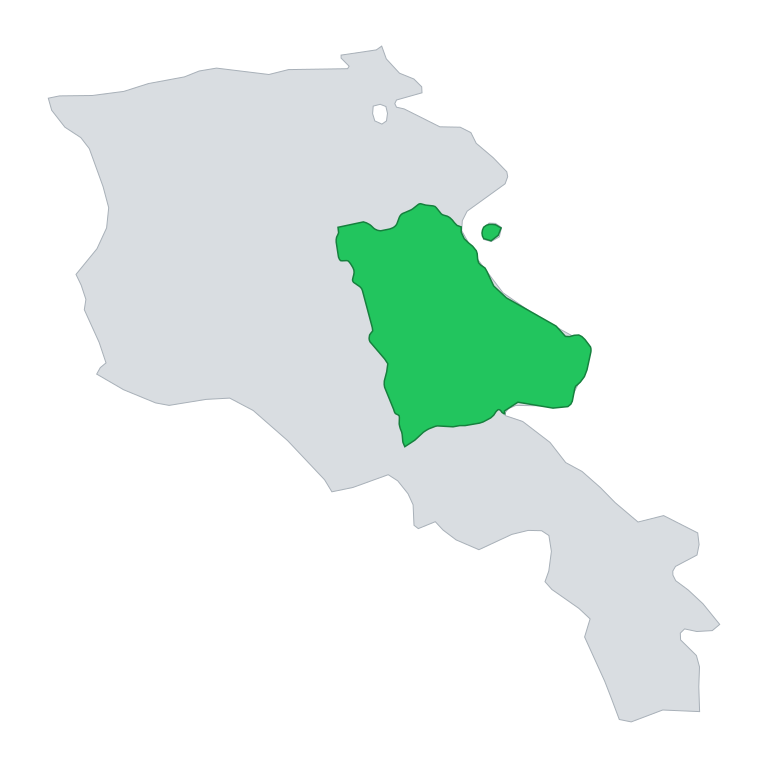 Armenia, with Gegharkunik highlighted
{"feature_id": "ARM-1672", "entity_name": "Gegharkunik", "entity_type": "Province", "adm_level": 1, "iso_a3": "ARM", "parent_name": "Armenia", "parent_adm1": "", "projection": "mercator", "projection_center": [45.283, 40.3], "detail": "fine", "context": "in_parent", "style": "filled", "palette": "green", "viewbox_px": 768, "rotation_deg": 0, "n_neighbors": 0, "source": "natural_earth", "source_scale": "10m", "svg_char_len": 3918}
<svg xmlns="http://www.w3.org/2000/svg" viewBox="0 0 768 768"><path d="M331.9,491.8L324.6,479.8L287.6,440.6L253.2,410.5L229.7,398.1L205.9,399.4L169.1,405.4L155.6,402.9L123.5,389.7L96.7,374.1L100.3,367.6L106.0,362.9L99.2,342.5L84.3,309.7L85.9,299.4L81.2,285.2L76.0,274.4L97.0,248.7L106.6,227.9L108.7,207.7L103.1,186.7L89.3,148.6L80.8,137.6L64.9,127.2L51.7,110.3L48.3,98.2L59.5,95.9L92.2,95.5L123.8,91.4L148.6,83.5L184.4,76.9L199.2,71.0L216.5,68.1L268.9,74.5L288.5,69.6L347.6,68.7L349.1,66.2L341.1,58.1L341.1,55.1L376.3,49.9L381.7,46.1L386.3,58.9L399.5,73.2L413.9,79.0L421.7,86.8L422.0,92.8L396.5,100.0L394.8,103.6L396.5,107.2L404.1,108.9L439.8,126.8L460.2,127.2L470.9,132.6L476.2,143.3L493.3,157.8L506.8,171.8L507.7,176.7L505.1,183.8L467.1,211.2L462.3,220.7L461.7,230.7L478.4,260.4L503.0,292.8L538.5,317.4L587.3,344.1L588.0,360.5L580.2,380.1L573.6,393.4L570.5,402.4L564.6,406.2L515.9,405.4L508.6,408.5L505.4,412.4L505.2,415.6L522.7,421.5L550.0,442.4L565.7,462.6L582.1,471.5L600.4,487.6L615.1,502.6L638.0,522.0L663.6,515.6L697.7,532.9L699.1,544.6L697.0,555.0L675.5,566.4L672.8,571.1L672.9,575.1L675.7,580.7L688.2,590.0L703.0,603.8L719.7,624.4L712.3,630.6L696.8,631.5L684.6,628.9L680.3,633.1L680.6,639.9L696.4,655.5L699.5,666.9L698.8,686.7L699.6,711.6L662.7,710.0L631.2,721.9L619.3,719.5L611.4,698.4L604.7,681.2L584.6,637.0L590.1,618.9L578.9,608.4L551.9,589.5L545.0,581.7L548.8,571.0L551.4,551.4L548.9,535.5L541.6,530.7L528.2,530.4L511.8,534.4L478.9,549.7L456.1,539.9L443.0,530.0L435.3,521.7L418.3,528.6L414.0,525.3L413.1,504.8L408.0,493.7L397.7,480.8L388.2,474.7L353.1,487.4L331.9,491.8ZM386.5,120.9L387.5,113.3L385.9,106.5L380.2,104.3L373.2,106.1L372.6,113.7L374.8,120.9L381.9,124.1L386.5,120.9ZM499.3,236.9L491.2,241.5L483.6,239.4L483.6,227.8L489.1,223.1L495.4,223.4L501.5,227.5L499.3,236.9Z" fill="#d9dde1" stroke="#a8b0b8" stroke-width="1"/><path d="M461.2,226.9L461.2,232.2L464.2,238.7L468.3,242.7L472.6,246.2L476.3,250.8L477.2,253.6L477.7,259.8L478.6,262.8L480.6,265.0L485.0,268.0L486.8,271.2L493.7,286.0L506.4,297.9L556.1,326.1L556.3,326.3L565.4,336.4L569.6,336.6L571.1,336.2L574.1,335.3L578.8,335.0L581.9,336.6L585.0,339.6L590.5,346.9L590.9,348.5L591.0,350.2L590.9,351.8L587.0,369.8L584.4,376.6L580.3,382.1L575.6,386.3L574.8,388.4L572.3,401.2L570.8,404.2L567.9,406.6L553.0,408.1L517.9,402.2L504.4,411.0L504.7,413.8L503.9,413.7L502.0,412.4L500.9,410.9L500.4,410.4L499.7,409.8L498.9,409.6L498.0,409.7L496.7,410.9L495.9,411.8L493.7,415.2L490.7,417.9L483.2,421.9L479.6,423.1L465.0,425.6L459.7,425.6L453.1,426.8L437.4,425.9L435.4,426.3L428.7,428.9L426.1,430.4L423.4,432.2L414.9,440.1L404.8,446.7L403.0,442.5L402.7,440.6L402.2,434.6L401.7,432.1L400.4,428.9L399.7,426.5L399.2,424.0L399.4,417.7L399.2,415.9L398.3,415.0L396.0,413.9L395.4,413.5L394.9,412.8L394.4,411.8L393.6,409.3L384.6,387.2L384.2,384.5L384.3,381.0L386.7,371.8L387.8,363.7L384.6,358.9L370.0,341.8L369.3,340.0L369.1,338.2L369.6,335.0L370.8,333.2L372.7,330.9L372.3,327.6L362.4,290.5L361.6,288.6L359.9,286.7L353.6,282.4L352.9,281.3L352.5,280.0L352.9,278.0L353.8,274.5L354.1,272.5L353.9,270.1L352.9,267.6L350.6,263.8L349.1,261.9L347.9,260.8L346.7,260.6L341.9,260.8L340.5,260.6L339.4,259.2L338.5,257.1L336.2,242.1L336.2,239.5L336.6,237.2L338.0,234.3L338.6,232.7L338.0,227.3L363.4,221.9L366.5,222.9L369.7,224.6L371.1,225.7L373.8,228.3L375.1,229.2L377.5,230.3L379.1,230.6L380.7,230.8L389.7,229.0L392.8,227.8L394.1,227.0L395.2,226.1L396.1,225.1L396.9,223.8L399.4,217.1L400.2,215.7L401.2,214.5L402.4,213.6L410.6,210.1L412.4,209.1L418.6,204.2L420.1,203.7L421.4,203.9L425.7,205.1L433.1,205.9L435.0,206.5L436.3,207.7L441.2,213.8L442.3,214.6L443.5,215.1L447.3,216.2L448.6,216.9L450.0,217.8L452.4,220.1L454.4,222.7L457.0,225.4L461.1,226.9L461.2,226.9ZM492.5,224.4L495.6,224.8L501.1,228.0L498.2,235.3L491.1,240.8L483.7,238.6L482.4,235.9L482.0,233.0L482.5,230.0L483.7,227.2L486.4,225.3L489.3,224.4L492.5,224.4Z" fill="#22c55e" stroke="#15803d" stroke-width="1.5"/></svg>